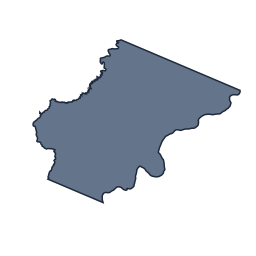 the district of Mirití-paraná (Campoamor), Amazonas, Colombia, rotated 293°
{"feature_id": "7082276B32823628766031", "entity_name": "Mirití-paraná (Campoamor)", "entity_type": "district", "adm_level": 2, "iso_a3": "COL", "parent_name": "Colombia", "parent_adm1": "Amazonas", "projection": "robinson", "projection_center": [-71.095, -0.731], "detail": "fine", "context": "isolated", "style": "filled", "palette": "slate", "viewbox_px": 256, "rotation_deg": 293, "n_neighbors": 0, "source": "geoboundaries", "source_scale": "gbopen_adm2", "svg_char_len": 5596}
<svg xmlns="http://www.w3.org/2000/svg" viewBox="0 0 256 256"><g transform="rotate(293 128 128)"><path d="M206.4,216.4L206.4,87.2L204.8,85.5L204.0,83.8L203.5,83.7L203.0,83.9L202.8,84.4L202.9,85.6L202.8,85.9L202.5,85.8L201.8,84.9L201.1,84.5L200.3,84.4L199.7,84.8L199.3,85.3L198.8,87.6L198.4,87.9L197.7,87.9L197.1,87.6L196.6,87.0L196.3,86.1L195.7,85.2L194.9,82.4L194.5,81.8L194.0,81.6L192.9,79.8L192.4,79.4L191.4,79.5L189.8,81.0L189.3,81.6L188.7,82.9L187.9,83.2L187.4,83.2L186.9,82.7L186.2,80.7L185.2,79.6L184.6,79.3L183.5,78.2L182.5,76.8L181.8,75.7L181.3,75.4L181.0,75.4L180.0,76.1L178.9,76.2L178.1,76.6L177.6,77.0L176.7,78.5L176.7,79.0L176.9,79.1L178.5,79.1L178.9,79.3L179.1,79.8L178.6,80.7L176.3,81.8L174.0,82.5L173.8,82.9L173.8,84.2L173.6,84.6L173.4,84.8L172.5,84.9L171.9,84.8L171.5,84.2L171.2,82.4L170.5,81.7L170.1,80.8L169.5,80.8L169.5,81.2L169.0,81.3L168.6,81.7L168.7,81.8L169.2,81.7L169.3,82.0L169.1,82.7L168.7,83.0L167.8,82.3L167.3,83.1L166.7,83.4L166.3,82.2L166.0,81.9L165.7,82.2L165.7,82.4L165.4,82.6L165.3,82.4L164.9,82.4L164.8,82.8L164.6,82.7L164.4,82.8L164.3,82.5L163.9,82.6L163.6,81.8L163.1,82.1L162.9,81.5L162.6,81.5L162.9,81.1L162.8,80.9L163.0,80.7L163.0,80.1L163.2,79.4L162.9,79.4L162.5,80.1L161.8,80.1L160.9,80.9L160.6,80.0L160.2,80.5L159.6,79.4L159.5,79.8L159.3,79.5L159.0,79.4L159.2,79.2L158.7,79.1L158.7,78.9L158.4,79.2L158.2,78.9L158.1,78.6L157.5,78.5L157.3,78.3L157.4,78.1L157.2,78.1L157.4,77.4L156.7,76.6L156.3,77.1L156.0,77.0L156.1,77.4L155.8,77.1L155.8,77.4L155.5,77.5L155.4,77.3L155.3,77.5L154.8,77.1L154.8,76.9L154.7,77.0L154.6,76.8L154.4,76.8L154.4,77.0L154.2,76.8L154.4,76.6L154.2,76.4L154.1,76.5L153.9,76.1L153.6,76.4L153.1,75.9L152.8,76.2L152.6,76.0L152.0,76.2L152.2,76.4L151.8,76.4L152.0,76.7L151.2,77.0L151.3,77.2L151.0,77.4L150.7,77.3L150.4,77.8L150.4,77.6L150.2,77.5L149.9,77.6L149.8,77.8L149.7,77.4L149.6,77.7L149.0,77.7L148.2,77.3L147.9,77.4L148.0,77.0L147.8,77.2L147.6,76.9L147.2,77.2L146.9,77.0L146.9,77.3L145.9,76.9L146.0,77.3L145.8,77.5L145.7,76.8L145.4,76.7L145.2,76.9L145.2,77.1L144.9,77.2L144.7,76.7L144.4,76.6L144.4,76.4L144.3,76.6L143.8,76.5L143.8,76.0L143.6,76.1L143.7,75.9L143.2,75.7L143.3,75.3L143.0,75.3L143.1,75.1L142.9,74.9L142.7,75.0L142.6,74.5L142.8,74.4L142.8,73.9L142.7,73.6L142.4,73.7L142.3,73.0L142.0,72.9L142.1,72.6L141.9,72.7L141.8,72.4L141.2,72.5L140.6,72.1L140.2,72.3L140.1,71.9L139.9,72.2L139.9,71.9L139.3,71.7L138.8,72.0L138.3,71.8L137.9,71.9L137.7,71.6L137.2,72.1L137.0,71.9L136.8,71.9L136.7,71.6L136.5,71.4L136.4,71.6L136.3,71.4L135.5,71.1L135.5,70.7L135.4,70.9L135.0,70.8L133.8,69.6L133.1,69.5L132.8,68.6L132.8,68.0L132.7,67.7L132.5,67.8L132.3,67.5L132.4,67.2L131.9,66.7L131.8,66.9L131.7,66.7L130.9,66.8L130.7,66.4L130.4,66.4L129.9,65.6L129.4,65.2L129.2,64.2L128.8,63.8L128.8,63.5L128.2,63.4L128.3,62.9L128.0,62.2L127.4,61.8L127.3,61.6L127.1,61.8L127.0,61.4L126.6,61.3L126.6,60.6L126.9,59.6L126.6,59.5L126.5,58.7L126.3,58.6L126.4,57.8L126.1,57.2L125.6,57.1L125.5,56.8L125.7,56.3L125.1,55.7L124.9,55.2L125.0,55.0L124.6,54.5L124.6,53.8L124.9,53.0L124.5,52.4L124.6,52.0L124.3,51.6L124.5,51.3L124.4,50.5L125.2,50.6L125.8,49.9L125.8,49.1L125.2,48.6L125.3,47.5L125.2,47.0L124.7,46.6L124.3,46.7L123.5,46.3L122.7,45.6L120.7,46.9L119.5,46.9L118.9,47.2L118.3,47.8L116.8,47.1L116.1,47.6L115.4,47.5L114.4,46.8L112.7,46.5L112.1,45.4L110.8,44.6L110.1,44.8L109.4,43.8L108.1,43.5L107.6,43.0L107.5,42.1L107.6,41.4L108.0,40.7L106.9,41.1L106.6,42.6L106.3,43.0L105.0,42.5L104.6,42.8L104.1,43.0L103.0,42.5L101.4,41.4L99.9,40.9L96.3,38.9L94.8,39.0L93.4,39.6L92.9,40.4L93.3,41.6L93.0,42.1L88.3,45.6L86.0,46.1L83.5,48.6L82.0,49.1L80.3,49.2L80.1,49.5L80.0,50.3L80.5,51.9L80.5,53.0L80.2,53.5L79.1,54.4L78.8,54.9L78.6,55.7L77.9,55.9L77.7,56.2L77.5,57.4L77.5,57.8L77.1,58.5L76.8,59.8L76.9,61.3L77.3,61.6L78.2,63.1L78.4,64.4L79.1,65.6L79.0,66.4L79.3,67.0L79.4,69.3L78.5,69.4L78.2,69.3L77.7,68.8L77.4,69.1L77.5,69.7L76.6,70.2L76.6,70.8L76.1,71.4L73.2,71.8L72.9,72.1L72.9,72.7L71.9,73.0L71.2,73.5L70.9,73.5L70.3,72.9L69.2,72.6L68.9,72.7L68.7,73.4L68.0,74.0L66.9,74.2L66.6,74.1L66.3,74.2L65.6,73.8L65.4,74.2L65.1,74.3L64.1,73.8L62.8,73.8L62.4,73.4L59.6,73.9L58.6,73.9L58.3,73.3L56.8,72.9L54.1,73.2L53.2,73.5L52.5,73.4L51.8,73.5L51.3,73.9L51.2,74.4L51.0,74.6L49.6,74.2L49.6,134.2L51.7,132.5L54.9,131.0L56.3,130.7L58.1,131.0L59.0,131.4L59.9,132.5L60.8,135.3L61.7,136.5L63.4,137.4L65.2,139.0L68.7,140.5L69.7,141.3L70.4,142.8L70.6,144.2L70.6,145.0L69.7,147.7L69.7,150.1L70.0,150.6L70.7,151.2L71.1,151.2L71.6,150.8L72.1,151.0L72.3,151.4L72.5,153.2L73.2,154.4L76.0,156.0L76.8,156.1L79.3,155.6L80.5,155.6L82.0,155.1L83.7,155.0L84.8,154.7L86.4,153.7L90.1,153.3L92.9,152.5L95.5,152.8L97.5,153.8L97.7,154.5L97.4,155.4L97.3,158.3L96.8,159.6L95.5,161.7L94.5,164.7L93.3,167.0L93.1,169.1L93.9,172.7L95.0,174.9L95.9,175.8L97.7,177.3L99.9,178.1L100.6,178.1L102.3,177.7L103.8,178.2L104.8,177.8L106.3,176.7L110.5,174.5L112.8,172.8L113.2,171.7L116.4,167.8L117.2,165.9L117.7,165.3L122.2,164.7L128.5,164.6L131.2,165.0L134.6,165.8L135.6,166.3L136.6,167.3L138.4,168.5L140.2,170.6L141.4,171.3L144.1,172.2L145.2,173.1L145.8,174.6L146.4,177.5L149.1,180.6L149.9,182.0L150.7,184.1L152.4,186.3L153.5,188.6L154.2,189.5L156.3,190.8L157.8,191.4L160.0,191.0L162.2,190.1L162.5,189.6L163.8,189.6L166.3,190.5L168.1,191.6L170.2,193.4L170.8,194.2L172.3,197.0L173.5,201.2L174.9,203.0L176.7,206.6L177.2,207.3L180.1,208.9L182.4,210.9L183.5,211.1L185.1,212.4L188.2,213.4L191.3,213.0L191.7,212.7L193.2,210.7L195.9,209.5L196.8,209.5L198.3,210.2L199.4,211.3L199.9,212.1L201.2,215.8L202.1,216.7L203.1,217.0L204.5,217.1L205.5,216.9L206.4,216.4Z" fill="#64748b" stroke="#1e293b" stroke-width="1.5"/></g></svg>